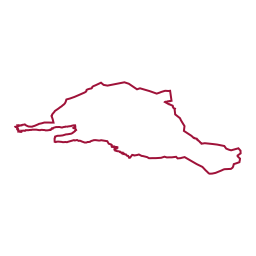 Ørskog nor, Møre og Romsdal, Norway (Robinson projection)
{"feature_id": "86288312B31017239945246", "entity_name": "Ørskog nor", "entity_type": "district", "adm_level": 2, "iso_a3": "NOR", "parent_name": "Norway", "parent_adm1": "Møre og Romsdal", "projection": "robinson", "projection_center": [6.912, 62.479], "detail": "fine", "context": "isolated", "style": "outline", "palette": "rose", "viewbox_px": 256, "rotation_deg": 0, "n_neighbors": 0, "source": "geoboundaries", "source_scale": "gbopen_adm2", "svg_char_len": 5409}
<svg xmlns="http://www.w3.org/2000/svg" viewBox="0 0 256 256"><path d="M101.0,82.7L95.5,85.3L93.5,86.1L93.0,86.4L92.3,87.0L92.1,87.4L92.0,87.8L91.8,88.1L91.4,88.4L91.0,88.5L89.9,88.7L88.4,89.1L87.1,89.6L86.7,89.9L86.5,90.1L86.4,90.9L86.2,91.1L86.2,91.3L86.1,91.5L85.3,92.1L84.4,92.6L78.0,95.4L74.5,96.9L70.0,98.5L67.0,99.3L66.4,99.5L66.1,100.3L66.0,100.9L65.5,102.2L65.1,103.0L64.5,103.8L63.7,104.6L62.7,105.3L61.5,106.4L60.2,107.2L58.4,108.6L55.0,110.9L54.6,111.4L54.4,111.8L52.5,114.0L52.0,114.9L52.0,115.3L52.0,115.6L51.5,116.0L52.4,118.3L52.5,118.8L52.7,119.2L53.5,122.6L52.4,122.6L44.4,122.5L41.7,123.3L38.9,123.9L38.0,124.4L34.7,125.8L33.0,126.3L32.0,126.7L29.8,126.6L28.5,126.5L27.3,126.0L25.9,125.3L24.8,124.4L24.7,124.4L24.4,124.6L22.6,124.8L22.1,125.0L21.5,125.1L21.5,125.4L20.9,125.5L20.3,125.5L19.4,125.4L18.8,125.2L17.6,125.3L18.0,126.0L17.4,126.0L17.4,126.4L16.5,126.5L16.2,126.7L15.4,126.8L15.5,127.0L16.3,127.2L16.9,127.6L17.2,127.6L17.5,127.5L17.6,128.0L17.8,128.4L17.2,128.4L17.1,128.9L17.1,129.1L17.4,129.3L17.6,129.8L18.2,129.9L18.3,129.9L18.7,130.5L18.8,130.7L18.2,130.7L18.3,131.6L19.8,131.4L19.9,131.5L20.1,131.9L21.0,131.9L20.9,131.3L21.5,131.3L21.5,130.8L21.8,130.9L22.1,130.9L22.4,130.7L23.9,130.6L24.2,130.8L24.5,130.8L25.3,130.7L25.5,130.3L25.6,130.2L28.6,130.2L29.4,130.0L31.5,129.9L32.1,129.7L36.5,129.7L38.3,130.0L38.9,130.1L40.4,130.1L41.0,129.9L42.4,129.9L43.3,130.0L44.2,130.0L45.1,130.2L45.7,130.4L47.8,130.3L48.9,130.1L50.4,130.0L50.4,129.6L51.0,129.5L51.1,129.4L51.4,128.9L51.5,128.8L52.4,128.8L52.6,128.7L52.4,128.2L53.0,128.1L53.5,127.9L53.8,127.7L55.9,127.1L59.4,127.0L61.2,127.4L61.8,127.5L62.1,127.5L63.3,127.1L64.4,126.9L65.0,126.9L65.5,126.6L66.2,126.7L66.3,126.9L66.3,126.7L67.1,126.7L67.4,126.7L67.8,126.5L69.2,126.3L70.0,126.2L70.9,126.1L71.4,125.9L72.3,125.6L73.7,125.4L73.9,125.4L74.2,125.4L74.3,125.9L74.3,125.3L75.1,125.3L75.3,126.7L74.8,126.7L74.7,126.6L74.5,126.1L74.4,126.1L74.6,126.7L74.8,126.8L74.9,127.0L74.3,127.6L73.4,128.0L73.5,128.1L74.4,128.1L74.6,128.1L74.8,128.0L75.1,128.2L75.4,128.8L75.9,129.5L76.1,130.0L75.9,130.1L75.7,130.3L75.1,130.5L75.1,131.0L74.9,131.2L74.7,131.3L74.4,131.6L72.9,132.6L72.6,133.0L71.1,133.7L67.4,134.3L66.0,134.4L62.7,135.4L60.9,135.6L60.1,135.7L57.4,135.8L55.1,136.6L55.1,137.6L54.6,138.2L54.6,140.1L54.7,141.8L55.8,142.1L56.7,141.7L58.4,141.6L61.6,141.9L63.0,142.2L65.5,142.0L67.0,142.2L67.7,141.9L74.0,140.1L74.8,140.5L77.1,140.0L78.1,140.6L78.8,140.9L79.5,140.7L80.7,140.9L81.3,141.3L82.4,141.7L84.6,142.5L86.4,142.5L87.6,142.0L88.7,142.0L90.0,141.8L90.1,141.6L91.2,141.0L92.9,140.5L93.6,140.2L95.5,140.1L98.5,140.5L100.0,140.5L101.1,140.2L107.3,141.2L108.7,143.7L111.2,144.5L111.7,145.0L111.5,145.3L111.5,145.7L111.7,146.4L112.6,146.4L112.4,146.6L112.3,146.9L113.2,147.0L113.8,147.0L114.7,146.8L115.0,146.8L115.9,147.0L116.7,147.0L116.8,147.4L117.4,147.4L117.4,147.7L116.9,147.7L116.5,147.6L116.9,147.9L116.9,148.1L116.8,148.5L116.2,148.6L115.7,148.7L115.1,148.8L114.5,148.9L114.4,149.4L114.4,149.6L114.7,149.7L115.0,150.1L115.2,150.6L115.8,150.7L116.4,150.9L116.7,151.0L117.3,151.2L118.1,151.2L119.0,151.4L119.3,151.5L119.9,151.6L120.0,152.1L120.6,152.2L120.9,152.4L121.5,152.5L121.3,152.6L121.3,152.8L121.9,153.2L122.1,153.5L123.6,153.7L123.6,154.0L124.2,153.9L124.5,153.9L124.6,154.0L125.0,154.4L126.0,154.5L126.2,154.9L126.5,155.2L126.8,155.4L127.0,155.7L128.1,155.9L128.3,156.4L128.6,156.6L128.9,157.1L129.0,157.7L129.2,157.8L130.0,157.7L132.2,154.9L133.9,155.2L134.2,155.5L137.2,155.0L138.9,154.5L141.6,155.9L143.1,156.1L147.1,157.1L149.0,158.2L156.3,158.1L161.1,157.8L164.5,156.7L166.7,157.4L172.1,157.3L176.1,156.8L177.6,158.4L180.8,158.1L181.3,157.9L184.6,157.1L196.7,164.1L202.4,166.9L202.8,167.3L205.6,170.3L207.1,171.7L208.7,173.3L209.6,173.7L212.1,173.6L215.5,172.9L221.4,170.5L223.5,169.5L224.5,169.2L230.9,168.9L232.4,167.8L233.1,166.7L233.8,164.1L236.0,163.4L239.4,162.2L239.8,160.2L240.0,158.6L238.0,156.7L237.6,156.2L237.5,155.9L237.6,155.5L240.6,153.4L240.5,150.7L238.9,148.9L238.4,148.3L233.0,149.8L231.1,150.3L228.9,149.7L226.2,148.6L224.3,146.0L217.3,144.6L212.5,144.0L204.8,143.2L201.5,143.7L201.4,143.5L201.4,143.3L201.3,143.1L201.1,143.0L200.9,142.9L200.4,142.6L200.2,142.4L200.0,142.2L199.9,141.9L199.3,141.4L198.8,140.9L198.0,140.4L197.8,140.1L197.6,140.0L197.7,139.8L197.6,139.7L197.4,139.6L197.1,139.4L197.1,139.1L196.7,138.9L196.6,138.7L196.3,138.7L196.1,138.6L195.7,138.5L195.5,138.4L195.2,138.5L194.9,138.4L194.7,138.3L194.1,138.1L194.1,137.9L193.8,137.9L193.6,137.8L193.6,137.7L193.4,137.6L191.4,135.8L183.9,130.9L184.5,126.1L181.8,121.7L180.9,120.2L180.0,118.2L175.2,114.4L174.6,109.3L174.8,109.2L175.0,108.7L174.8,108.6L174.4,108.5L173.8,108.3L173.4,107.9L173.3,107.6L173.1,107.3L172.9,107.0L173.0,106.8L172.9,106.5L172.8,106.0L172.7,105.7L172.2,105.5L171.6,105.2L171.1,105.1L170.5,104.7L170.2,104.7L169.8,104.5L169.5,104.3L169.2,104.3L169.1,104.1L168.7,104.0L168.5,103.8L168.4,103.8L168.1,103.8L167.9,103.6L167.6,103.5L164.9,102.0L165.0,101.9L165.3,101.8L165.7,101.7L166.1,101.8L166.3,101.8L166.5,101.8L166.9,101.6L167.6,101.4L167.9,101.3L168.1,101.2L169.3,101.3L169.6,101.2L169.8,101.0L170.3,101.1L170.7,101.0L171.0,100.9L171.3,100.7L171.5,100.7L170.1,90.8L168.3,91.0L165.6,90.8L164.7,90.9L161.1,92.0L159.7,92.6L156.7,93.6L149.6,91.1L140.0,88.3L137.0,89.3L128.9,83.8L128.4,83.6L124.4,82.3L107.5,85.6L103.6,84.9L101.0,82.7Z" fill="none" stroke="#9f1239" stroke-width="2"/></svg>